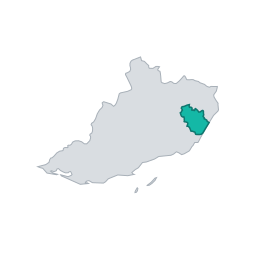 where Santa Bárbara sits in Honduras, rotated 162°
{"feature_id": "HND-650", "entity_name": "Santa Bárbara", "entity_type": "Department", "adm_level": 1, "iso_a3": "HND", "parent_name": "Honduras", "parent_adm1": "", "projection": "robinson", "projection_center": [-88.343, 15.095], "detail": "fine", "context": "in_parent", "style": "filled", "palette": "teal", "viewbox_px": 256, "rotation_deg": 162, "n_neighbors": 0, "source": "natural_earth", "source_scale": "10m", "svg_char_len": 3923}
<svg xmlns="http://www.w3.org/2000/svg" viewBox="0 0 256 256"><g transform="rotate(162 128 128)"><path d="M225.8,119.1L217.6,118.6L213.8,119.7L212.1,122.2L210.7,123.3L209.5,123.1L207.1,124.1L203.4,126.3L200.1,127.1L197.2,126.6L196.3,127.1L196.1,127.9L195.6,128.6L194.5,128.9L193.2,128.7L191.7,128.0L190.9,128.3L190.9,129.7L190.1,130.1L188.5,129.5L186.8,130.0L185.0,131.7L182.3,132.1L178.9,131.1L176.3,129.2L174.4,126.4L172.1,125.7L168.2,127.8L166.6,130.2L166.2,131.7L166.6,133.0L165.9,133.9L164.1,134.3L162.7,136.0L161.7,138.8L161.5,141.0L162.1,142.5L161.2,143.7L158.8,144.4L156.0,146.8L152.8,151.0L149.5,153.9L146.3,155.5L144.8,157.4L144.9,159.4L144.7,160.0L144.1,160.2L143.0,160.5L136.8,156.1L135.0,153.1L133.5,153.6L131.5,155.1L128.8,158.5L125.8,163.2L124.4,163.7L117.1,163.0L113.2,163.4L112.4,164.0L112.0,165.7L112.2,168.0L113.3,176.2L113.9,179.6L113.3,180.7L111.3,180.8L108.8,181.3L107.4,182.9L107.0,184.5L106.9,186.7L106.1,189.0L104.5,190.6L102.9,191.2L94.1,191.7L94.3,187.9L91.8,186.3L90.3,183.2L89.0,181.0L89.5,179.7L89.3,178.2L85.8,177.0L82.4,177.9L80.5,177.3L79.1,176.5L81.5,174.7L81.7,173.5L80.9,172.7L80.1,172.1L80.3,170.0L80.8,167.5L82.2,161.6L81.7,160.6L79.4,158.9L76.6,158.7L73.5,159.2L72.0,158.3L70.7,156.3L68.4,155.4L64.5,157.0L60.3,159.4L59.0,160.3L58.0,160.1L57.5,158.3L57.3,156.2L57.0,155.7L54.8,154.9L52.2,154.3L50.9,153.7L49.6,152.3L46.5,150.4L45.8,149.0L41.7,145.8L40.8,144.2L39.9,143.0L37.9,141.6L36.3,141.9L31.0,140.1L30.2,139.9L31.0,138.3L32.6,135.8L36.3,133.0L36.6,130.8L35.6,126.5L34.7,123.7L35.2,122.5L36.3,117.4L37.2,116.3L42.4,113.7L42.9,113.4L47.1,109.8L51.6,105.9L56.4,101.5L61.7,96.7L64.6,93.8L66.0,92.6L69.1,93.6L71.5,91.3L72.9,90.6L76.1,87.8L77.1,87.2L82.6,86.1L85.2,86.1L87.5,88.9L89.3,90.4L92.8,89.1L95.6,88.8L107.6,91.4L112.3,90.3L121.0,90.0L124.9,90.7L130.4,87.0L133.9,86.2L138.1,84.5L137.5,82.8L136.5,82.0L142.9,82.7L152.3,86.5L162.4,85.8L166.0,83.8L168.4,83.2L178.7,87.0L181.4,90.0L183.5,90.3L185.2,89.6L185.6,89.0L183.6,88.4L182.7,87.4L190.8,89.2L206.2,103.1L206.5,104.3L200.0,100.2L196.5,100.5L195.6,101.1L195.8,103.4L196.1,104.4L197.6,104.5L198.7,103.9L201.4,104.7L203.2,106.2L205.4,108.5L206.7,110.9L208.1,111.0L209.5,109.5L212.1,109.3L213.8,111.0L215.0,110.9L213.3,108.3L209.3,105.7L210.3,105.6L219.0,110.2L221.5,116.0L223.6,117.3L225.8,119.1ZM122.8,69.2L117.8,72.0L116.2,72.0L118.5,69.8L122.3,67.9L125.4,67.0L128.0,67.4L122.8,69.2ZM140.1,66.2L137.7,68.3L137.3,67.4L138.4,65.4L139.9,64.3L141.3,64.4L140.9,65.3L140.1,66.2Z" fill="#d9dde1" stroke="#a8b0b8" stroke-width="1"/><path d="M49.2,108.1L52.0,105.7L54.7,103.4L57.4,101.0L58.5,100.1L60.3,99.4L62.0,99.7L64.9,100.7L65.4,101.0L65.6,101.2L65.6,101.3L65.6,101.6L65.7,102.0L65.6,102.6L65.6,102.8L65.6,103.1L65.7,103.3L65.8,103.5L66.0,103.7L67.0,104.3L67.4,104.8L67.9,105.1L68.2,105.3L69.0,105.4L69.1,105.6L69.3,109.1L70.0,110.7L70.2,110.9L70.6,111.2L71.3,111.4L71.1,111.9L69.8,113.5L69.6,114.2L69.9,114.8L70.2,115.2L71.1,115.9L71.8,116.2L72.1,116.3L72.3,116.5L72.5,116.6L72.6,116.9L72.2,117.3L71.8,119.0L71.6,119.3L71.4,120.8L71.5,121.4L72.3,121.4L73.3,122.4L73.6,123.3L73.6,124.8L73.6,126.3L72.5,126.6L71.5,127.7L71.4,127.8L71.0,128.0L70.8,128.1L70.8,128.4L70.7,128.9L70.9,129.3L71.2,130.2L70.8,130.9L70.3,131.3L70.0,131.5L69.1,131.4L68.1,131.2L66.7,131.3L64.8,131.5L62.4,131.3L63.0,130.1L63.2,129.0L63.0,128.6L62.6,128.6L62.1,128.5L61.6,128.3L61.1,127.3L60.9,127.1L61.8,125.4L61.2,125.0L60.3,125.0L60.0,124.4L59.9,124.3L59.5,124.1L59.3,124.1L58.9,124.5L58.6,125.1L58.1,125.6L57.8,125.6L57.3,124.8L56.4,123.3L55.7,121.2L54.2,121.0L52.9,121.5L51.8,121.7L51.6,121.6L51.4,121.5L51.3,121.3L51.2,121.1L51.1,120.9L51.1,120.6L51.5,119.4L51.8,118.2L51.8,117.5L52.1,116.8L52.9,116.1L53.0,115.8L53.0,115.6L52.9,115.4L52.6,114.9L52.5,114.7L52.3,113.8L52.7,113.3L52.6,113.2L52.3,112.8L51.8,112.5L51.2,111.8L50.6,111.0L50.6,110.6L50.7,110.3L50.7,110.0L49.3,108.2L49.2,108.1Z" fill="#14b8a6" stroke="#0f766e" stroke-width="1.5"/></g></svg>